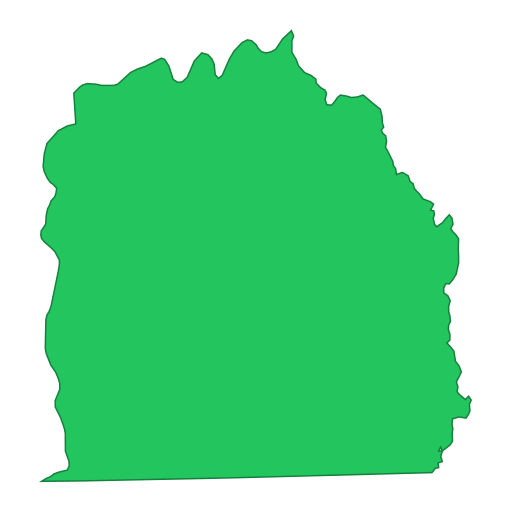 outline of Colorado do Oeste, Rondônia, Brazil
{"feature_id": "56859067B47546071295151", "entity_name": "Colorado do Oeste", "entity_type": "district", "adm_level": 2, "iso_a3": "BRA", "parent_name": "Brazil", "parent_adm1": "Rondônia", "projection": "robinson", "projection_center": [-60.514, -13.137], "detail": "fine", "context": "isolated", "style": "filled", "palette": "green", "viewbox_px": 512, "rotation_deg": 0, "n_neighbors": 0, "source": "geoboundaries", "source_scale": "gbopen_adm2", "svg_char_len": 2665}
<svg xmlns="http://www.w3.org/2000/svg" viewBox="0 0 512 512"><path d="M432.0,472.6L435.4,468.3L438.7,467.6L438.1,462.9L442.3,461.6L440.8,456.5L442.4,450.8L446.1,448.1L450.2,444.8L452.5,441.3L452.2,433.1L452.8,428.9L452.0,424.2L452.5,418.9L459.0,416.9L466.0,418.1L468.6,414.1L469.9,410.9L469.4,404.3L471.2,400.1L468.6,396.2L465.3,399.5L459.1,394.2L457.1,391.7L457.9,387.0L456.4,381.8L458.1,378.5L461.4,372.0L459.1,366.0L455.5,361.3L453.9,351.2L451.0,347.4L446.9,343.0L449.9,340.1L449.9,334.3L448.4,329.6L448.7,324.7L450.5,321.5L449.9,315.8L448.7,311.9L448.6,306.6L450.2,300.8L447.8,295.7L443.8,292.9L443.7,288.0L445.9,283.6L449.2,283.9L452.8,279.7L456.2,274.1L457.6,267.6L458.6,262.8L458.6,255.6L458.2,248.9L458.4,244.6L458.6,238.8L456.3,235.3L453.2,232.1L450.7,228.7L453.0,224.2L452.0,218.3L449.3,214.8L445.7,218.6L442.5,222.7L439.3,224.9L436.8,226.8L434.6,224.4L433.2,218.2L434.5,214.6L433.8,210.9L430.6,210.2L433.6,204.1L430.3,201.7L423.2,199.0L419.4,193.9L416.6,191.1L414.2,188.3L413.2,183.8L410.1,181.5L408.2,175.8L402.3,172.4L396.4,174.6L395.7,168.8L393.4,165.4L392.8,161.4L387.3,150.4L385.5,147.4L386.6,141.4L385.7,135.9L382.8,133.3L381.3,130.1L383.7,127.1L382.4,123.0L382.1,116.6L380.3,109.2L376.9,106.6L369.1,100.1L363.1,95.0L357.2,97.0L351.3,97.5L346.7,96.1L340.4,95.1L337.6,97.4L334.5,101.8L331.6,105.1L326.9,104.8L325.1,99.7L326.5,93.4L325.0,90.1L320.7,87.7L316.1,83.0L315.9,79.2L311.0,75.4L304.7,72.7L298.5,65.8L296.2,59.5L291.9,52.4L291.9,40.9L293.6,36.0L291.4,30.7L282.7,38.8L275.6,49.4L270.7,52.0L265.9,52.9L261.6,51.8L258.0,48.1L256.2,44.8L251.6,40.7L247.3,39.9L242.1,42.6L234.1,51.0L229.4,59.0L222.2,75.4L218.5,78.4L215.2,74.7L214.2,64.4L212.0,59.1L207.9,54.6L201.7,52.9L194.3,61.0L187.2,77.3L182.3,81.8L177.8,82.4L173.2,79.4L168.8,65.9L164.6,59.3L161.2,58.2L145.4,66.4L138.0,68.8L130.7,72.4L125.0,77.6L117.6,84.3L113.6,85.4L101.1,85.4L96.7,84.3L87.4,83.6L82.9,84.9L79.9,86.9L73.8,93.1L75.8,123.9L67.2,126.0L58.3,130.7L53.6,136.1L47.0,143.4L44.3,153.7L43.1,166.3L44.2,171.4L47.2,178.0L50.2,182.3L52.9,184.2L56.7,188.3L56.0,192.8L54.9,196.6L51.1,200.9L49.5,205.3L47.6,208.8L46.2,215.6L45.7,224.2L41.2,230.9L40.8,234.9L41.5,238.3L44.2,241.8L50.6,247.3L54.9,251.6L59.4,260.1L59.4,263.9L58.4,270.8L51.0,306.5L49.0,311.7L47.0,314.9L45.9,319.6L45.5,337.3L45.3,348.5L46.2,353.4L50.8,365.1L55.7,372.2L58.2,378.2L59.7,383.3L59.8,389.4L55.2,400.6L55.3,407.1L60.4,417.2L63.3,425.2L64.5,429.1L65.3,433.1L65.4,451.1L69.0,461.4L69.2,465.9L67.4,470.0L58.3,472.3L53.8,474.0L50.5,476.7L46.5,478.3L41.6,481.3L81.3,480.9L232.8,477.8L271.0,476.8L432.0,472.6ZM442.4,450.8L438.7,451.2L440.5,447.1L442.4,450.8Z" fill="#22c55e" stroke="#15803d" stroke-width="1.5"/></svg>